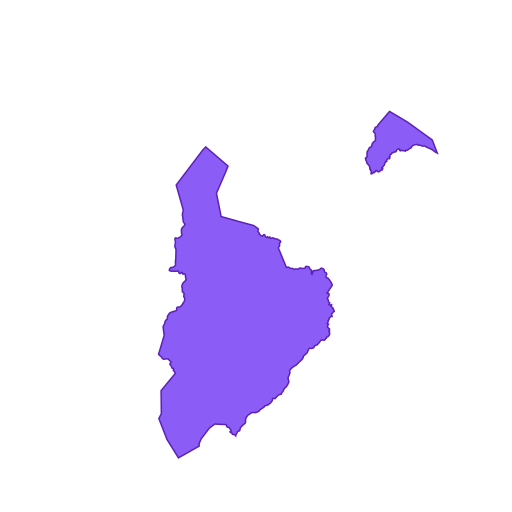 Gracias, Lempira, Honduras (Mercator projection), rotated 311°
{"feature_id": "27666195B65386405180850", "entity_name": "Gracias", "entity_type": "district", "adm_level": 2, "iso_a3": "HND", "parent_name": "Honduras", "parent_adm1": "Lempira", "projection": "mercator", "projection_center": [-88.54, 14.629], "detail": "fine", "context": "isolated", "style": "filled", "palette": "violet", "viewbox_px": 512, "rotation_deg": 311, "n_neighbors": 0, "source": "geoboundaries", "source_scale": "gbopen_adm2", "svg_char_len": 6162}
<svg xmlns="http://www.w3.org/2000/svg" viewBox="0 0 512 512"><g transform="rotate(311 256 256)"><path d="M52.8,329.9L75.2,337.8L77.2,336.1L82.1,334.6L95.2,333.7L102.1,335.1L109.1,344.0L109.0,344.8L108.4,345.4L108.1,345.8L108.2,346.9L108.9,348.2L108.4,349.9L108.1,351.8L107.8,352.1L106.2,351.7L106.1,352.0L106.1,352.7L106.5,353.9L106.0,355.2L107.1,357.1L106.9,358.7L107.8,358.1L108.7,358.0L111.5,357.3L112.1,357.5L113.0,358.2L113.7,358.2L116.1,356.9L120.5,357.1L122.6,357.5L124.1,356.9L125.8,355.3L126.9,355.0L127.8,354.5L131.0,354.4L135.3,355.7L136.0,356.4L137.2,358.2L138.8,359.2L140.2,359.8L141.3,360.0L143.6,360.0L144.3,360.4L146.6,361.0L147.1,361.2L148.5,360.9L151.5,362.8L155.0,363.4L157.5,363.2L159.1,362.2L159.6,362.2L159.9,362.3L160.4,363.5L160.8,363.9L162.1,364.0L165.3,364.0L166.2,364.3L168.3,365.7L169.9,365.2L172.1,365.1L173.5,364.5L174.3,364.4L175.2,364.4L176.5,364.7L177.7,364.4L178.7,364.6L182.3,363.5L183.0,363.0L184.1,361.2L185.1,360.1L189.6,358.5L190.1,358.2L191.4,356.7L192.7,356.4L194.4,356.4L197.6,357.0L200.0,357.9L204.7,358.2L207.7,358.6L210.2,358.3L211.5,357.5L216.2,358.1L217.8,357.7L219.6,357.0L220.8,356.9L221.9,357.3L222.9,358.9L224.4,359.6L225.1,359.7L225.9,359.2L226.3,359.2L228.2,359.8L229.3,360.6L230.2,360.4L231.4,360.6L234.8,360.2L235.7,360.7L237.2,362.7L238.4,363.0L239.3,362.7L240.1,363.1L240.7,362.7L241.5,362.6L242.1,363.1L243.0,363.3L243.9,363.1L244.6,363.2L245.1,363.0L246.1,362.1L246.7,361.4L246.7,361.0L247.6,360.8L247.5,360.2L247.7,359.8L248.8,359.6L249.2,359.3L249.1,356.9L249.5,356.8L250.0,356.0L251.0,355.6L252.1,355.5L251.6,354.3L251.7,354.1L253.8,353.6L254.2,353.3L254.5,352.7L255.9,352.9L256.2,352.3L256.9,351.9L258.0,352.3L258.6,352.1L259.8,352.3L260.2,353.1L260.8,352.5L261.4,351.5L262.3,351.0L263.4,351.2L264.4,351.0L265.4,351.4L265.7,351.3L266.5,349.6L266.8,349.3L266.6,348.5L267.3,348.0L267.2,345.7L267.5,345.4L268.6,345.3L268.9,345.0L268.3,344.7L267.5,343.9L267.1,342.9L268.6,342.6L269.0,342.4L269.1,340.6L270.1,339.5L271.0,337.5L273.9,337.1L274.7,336.6L275.5,335.6L274.6,334.0L284.1,332.7L285.3,330.3L286.3,326.4L286.5,325.0L286.0,323.3L286.0,322.9L286.3,322.4L287.2,321.7L288.4,321.5L289.0,321.0L289.3,320.2L289.0,318.9L289.1,317.9L290.4,316.3L290.5,315.7L290.2,314.3L289.7,313.2L287.7,312.9L286.9,312.5L284.5,310.8L282.5,308.9L281.7,309.0L279.3,310.3L278.9,310.3L278.8,309.9L279.0,309.4L281.1,307.7L281.7,307.0L281.6,305.0L282.5,303.5L282.2,302.4L281.2,300.7L280.8,300.5L280.2,300.4L279.4,301.2L278.6,300.8L277.1,299.3L276.3,297.7L275.6,297.0L275.3,296.7L273.4,296.3L272.5,294.6L270.7,293.3L270.7,292.0L270.4,291.4L269.4,290.4L268.8,287.5L267.3,286.5L276.7,267.7L277.4,267.4L279.3,267.1L280.9,265.4L282.8,265.4L283.2,264.8L283.4,264.0L282.9,262.5L282.8,261.1L281.9,259.9L280.8,256.9L280.3,256.3L279.3,255.9L278.9,255.5L278.9,255.0L279.3,254.3L279.4,254.0L278.1,253.6L278.1,252.1L277.0,251.9L276.7,251.5L276.8,250.3L277.6,248.8L277.5,248.1L277.0,247.8L275.2,247.7L274.6,246.6L274.7,244.1L275.1,243.9L275.4,243.4L275.8,241.4L276.2,241.0L277.2,240.5L278.0,239.8L277.5,234.3L270.9,220.7L262.9,203.8L277.4,185.0L301.0,177.5L305.5,175.9L305.3,146.5L301.0,146.3L257.2,149.2L243.1,170.8L241.1,172.1L239.1,173.1L238.5,173.6L237.2,175.4L236.5,176.0L234.2,178.6L233.8,179.3L233.7,180.8L233.5,181.2L232.4,181.9L231.7,182.0L228.9,181.8L227.7,182.0L227.0,182.4L225.7,183.5L224.2,185.0L223.4,186.4L222.9,186.5L220.9,186.4L218.0,185.3L217.6,185.0L217.1,183.7L216.6,183.2L215.2,184.0L213.7,186.1L211.3,187.5L209.7,188.7L208.5,191.3L201.6,197.0L198.4,199.2L198.3,199.5L196.5,201.1L195.5,201.3L194.0,201.1L192.7,200.5L191.5,199.4L191.0,199.1L189.3,199.4L188.4,199.8L188.3,200.1L188.3,200.7L188.9,201.9L191.8,205.5L193.7,207.2L193.6,207.6L192.8,208.7L192.7,209.9L193.4,210.6L194.6,210.6L195.1,210.9L195.2,211.3L194.4,212.7L195.7,214.1L195.7,214.5L194.9,215.7L193.6,216.8L192.6,218.6L191.9,218.6L191.5,219.0L190.7,218.8L189.9,219.0L188.6,218.6L187.9,218.6L185.4,219.3L184.7,219.9L183.8,220.5L183.4,221.6L182.9,222.0L182.3,222.2L181.7,223.1L180.7,223.8L180.9,224.6L180.7,225.1L180.6,226.3L177.8,228.2L177.8,229.2L176.1,231.0L174.1,231.8L173.1,231.7L171.3,232.2L168.6,232.2L166.8,231.5L166.0,230.3L165.3,230.1L164.3,230.5L163.1,231.8L161.3,231.0L158.4,229.1L156.3,228.2L154.2,228.4L152.6,228.7L151.7,229.2L150.1,230.5L148.9,230.1L147.2,230.2L144.9,231.5L141.7,232.2L135.8,238.8L117.8,247.0L117.7,248.2L117.9,250.0L117.3,252.2L117.4,253.8L117.7,254.3L119.6,255.8L120.4,256.8L120.6,258.3L120.3,260.0L120.5,260.9L120.1,261.7L119.3,261.8L118.6,261.6L117.8,262.0L117.4,264.0L116.3,266.2L116.8,267.3L116.9,267.7L116.5,268.1L115.4,268.6L115.3,270.0L114.5,272.1L92.1,272.7L74.9,288.0L69.6,289.3L59.1,309.3L52.8,329.9ZM452.7,261.9L434.6,262.1L434.1,262.5L433.5,262.6L433.0,262.5L432.0,261.9L430.8,261.7L429.5,262.5L427.4,262.7L427.0,262.9L426.8,263.4L426.6,265.2L426.3,266.2L424.9,267.0L423.9,268.4L421.2,270.5L419.3,269.9L417.7,269.9L416.8,270.1L414.6,271.3L413.9,271.2L412.1,270.5L410.1,271.1L407.5,271.5L404.9,273.6L404.1,274.8L402.3,274.4L401.4,274.6L400.1,276.6L399.9,277.5L398.8,278.8L398.4,282.2L397.7,283.4L396.2,285.0L396.1,285.5L396.4,285.9L396.3,286.1L395.7,286.5L395.2,287.9L393.5,288.8L393.8,289.3L394.3,289.6L395.1,289.8L396.2,289.7L396.3,290.3L396.5,290.5L397.4,290.4L398.1,290.8L398.7,290.4L399.4,290.6L399.6,290.8L399.6,293.0L400.9,293.9L402.7,293.9L403.7,294.8L405.0,294.4L405.1,294.2L404.8,293.8L405.0,293.2L405.7,293.6L406.4,293.1L408.8,293.2L410.8,292.2L411.8,292.4L412.4,291.8L413.3,292.5L414.6,291.6L416.1,291.8L416.8,292.4L416.9,292.9L417.1,293.0L417.9,292.3L418.4,292.3L418.6,292.0L418.5,291.6L419.4,291.5L420.1,290.7L421.8,291.3L422.6,291.0L423.0,291.1L424.5,292.0L425.2,292.0L426.1,293.0L427.2,293.1L428.2,292.6L428.7,292.6L430.6,293.6L430.8,293.8L430.8,294.3L430.6,294.7L430.0,295.2L430.0,295.8L430.5,296.4L431.0,296.4L431.3,296.6L431.6,297.3L432.6,298.7L433.1,300.0L434.0,299.7L435.3,300.9L437.0,301.3L437.6,301.3L439.2,302.1L440.6,301.7L442.9,302.1L443.7,302.5L445.7,304.2L446.1,305.8L447.2,306.8L447.7,308.6L448.5,310.0L449.7,311.0L450.1,313.7L450.3,314.0L451.6,318.2L451.9,320.2L452.0,322.7L452.6,325.3L459.2,312.9L456.5,282.8L452.7,261.9Z" fill="#8b5cf6" stroke="#5b21b6" stroke-width="1.5"/></g></svg>